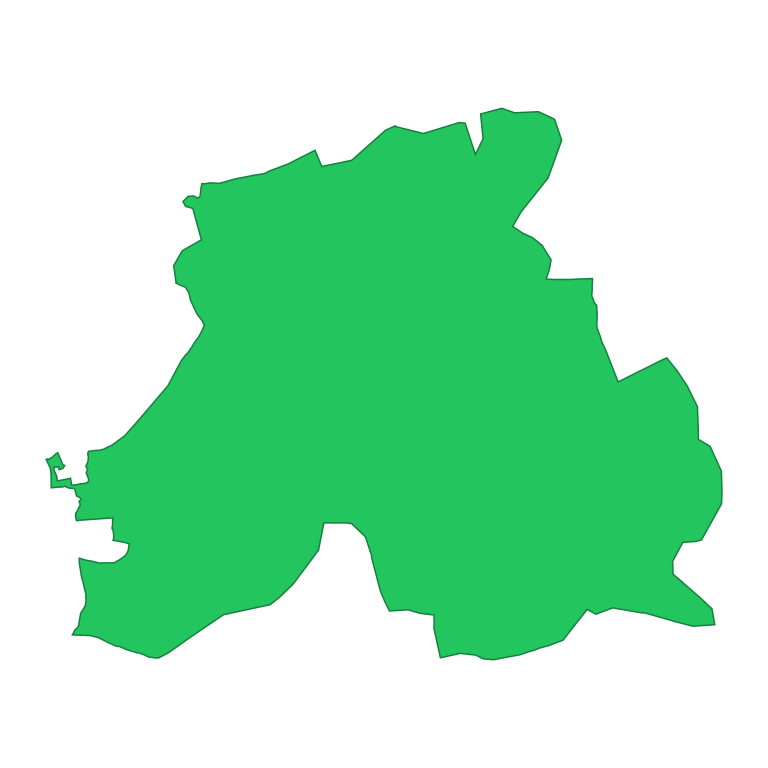 the district of Gezawa, Kano, Nigeria
{"feature_id": "59680162B10012275275709", "entity_name": "Gezawa", "entity_type": "district", "adm_level": 2, "iso_a3": "NGA", "parent_name": "Nigeria", "parent_adm1": "Kano", "projection": "mercator", "projection_center": [8.662, 12.062], "detail": "fine", "context": "isolated", "style": "filled", "palette": "green", "viewbox_px": 768, "rotation_deg": 0, "n_neighbors": 0, "source": "geoboundaries", "source_scale": "gbopen_adm2", "svg_char_len": 4176}
<svg xmlns="http://www.w3.org/2000/svg" viewBox="0 0 768 768"><path d="M72.4,634.9L74.8,635.0L81.8,635.2L84.5,635.2L90.9,635.7L94.6,636.7L97.9,637.4L101.6,639.3L105.1,640.9L108.1,642.6L112.5,644.5L116.4,646.2L117.5,646.4L119.1,646.4L122.3,647.7L125.5,649.2L131.4,651.1L134.4,651.9L137.3,653.0L139.5,653.0L141.1,653.8L145.1,655.2L147.0,656.3L148.6,656.9L149.9,657.4L152.1,657.4L154.3,657.9L155.1,657.9L157.4,658.0L158.8,657.7L159.3,657.7L160.1,657.1L161.2,656.6L168.4,652.8L190.7,637.0L223.5,614.7L270.1,604.7L279.6,597.2L293.2,584.0L318.5,550.2L323.9,522.9L346.0,522.9L351.6,523.6L365.4,536.8L371.9,556.5L371.5,557.1L380.3,590.8L384.7,601.3L389.5,611.0L408.0,609.8L419.9,613.3L434.1,615.0L434.0,628.6L440.4,657.8L460.4,653.4L475.8,655.1L483.1,658.8L493.5,659.7L520.2,654.7L529.2,651.6L534.8,650.0L540.3,647.8L548.1,645.8L563.1,640.2L572.2,628.4L587.2,609.5L595.9,614.2L611.6,608.3L612.8,607.9L642.0,612.9L645.5,613.1L675.1,621.6L692.8,626.2L714.8,624.7L713.9,619.6L712.0,608.8L705.4,602.9L705.6,602.8L701.1,598.5L673.1,574.2L672.6,561.4L682.9,542.3L695.4,541.5L701.5,539.9L721.5,503.9L721.9,494.7L721.9,487.9L721.4,471.2L710.1,446.3L698.4,439.4L698.3,430.4L697.4,406.6L687.0,385.6L677.3,371.0L666.8,357.9L660.8,360.6L618.1,381.9L605.7,350.1L601.5,341.1L600.3,336.4L597.6,329.6L596.8,326.0L597.2,314.0L596.6,305.3L594.6,303.2L591.7,295.6L592.2,290.5L592.2,285.3L592.6,279.4L592.4,278.5L590.4,278.6L579.5,279.0L569.0,279.5L554.7,279.5L546.1,279.1L549.2,270.1L551.1,259.9L542.2,245.5L532.6,237.7L524.7,234.1L524.5,233.9L523.6,233.7L512.7,226.5L521.2,211.7L548.1,178.0L561.7,140.2L554.5,119.2L538.5,111.7L514.5,112.8L501.9,108.3L480.6,114.0L483.1,138.7L475.4,154.5L465.1,123.1L464.3,123.0L459.1,122.6L423.4,133.5L396.3,126.8L395.3,125.8L385.6,130.2L351.7,160.3L321.8,166.5L315.0,150.3L288.2,163.9L276.9,168.2L269.8,170.8L264.3,173.7L254.1,175.2L235.7,178.8L219.3,183.4L210.4,182.8L204.8,183.8L204.4,183.8L201.9,183.6L201.0,188.0L200.1,196.3L197.8,198.2L193.8,195.9L188.1,196.4L183.0,201.5L185.6,206.4L192.8,208.4L201.4,239.8L182.3,250.7L173.7,265.6L176.1,282.6L175.8,282.9L180.6,285.3L184.8,287.0L185.4,287.2L186.1,288.4L188.9,292.8L190.5,300.1L191.5,302.3L195.9,311.7L196.5,313.1L199.1,316.8L202.4,321.1L204.3,325.3L201.1,332.5L198.1,337.8L194.3,342.8L192.1,346.6L187.9,352.7L185.2,355.5L181.1,361.0L167.9,385.8L139.2,419.4L124.9,435.6L111.7,445.4L107.1,447.4L103.9,449.1L99.0,450.3L95.6,450.4L92.4,450.9L88.9,451.2L87.9,452.5L87.8,454.3L88.3,456.5L88.2,459.9L87.6,462.4L86.0,465.8L86.1,467.0L86.8,467.9L87.7,468.5L87.1,470.4L86.6,471.6L86.2,472.6L86.6,474.1L87.3,475.4L87.8,477.0L88.4,478.4L88.6,479.7L88.6,480.7L88.1,481.8L87.2,482.5L85.9,483.1L83.8,483.5L80.7,483.7L78.2,484.4L75.0,484.9L71.7,485.2L70.5,478.3L59.3,480.6L57.2,480.7L56.7,476.2L54.4,471.0L54.0,469.2L53.6,467.3L54.5,467.2L57.2,467.1L58.9,466.9L58.9,467.6L58.9,468.5L58.9,469.0L58.9,469.6L60.1,469.4L61.3,468.9L62.5,468.7L63.2,468.0L63.7,467.2L64.2,466.4L64.7,465.4L64.0,465.3L63.4,465.0L62.7,464.4L57.8,452.8L56.2,453.5L54.7,455.1L53.3,456.2L52.2,457.4L50.5,458.1L49.8,458.9L49.2,459.0L49.1,459.5L48.7,459.5L47.9,459.2L47.5,458.9L46.1,459.4L49.9,467.3L50.1,467.2L50.9,472.1L51.1,475.9L51.2,487.8L54.8,487.5L57.8,487.1L60.4,487.1L61.2,487.1L62.4,486.9L63.0,486.9L64.8,486.3L68.6,488.0L69.5,488.0L70.3,488.2L71.6,488.4L72.8,488.3L73.8,488.5L74.9,489.3L75.2,490.9L76.6,496.0L77.9,496.5L78.8,497.0L79.3,497.6L80.2,498.0L80.8,498.8L81.1,499.6L80.1,500.4L79.3,500.9L79.2,501.9L79.8,502.9L79.8,503.9L80.1,505.5L79.6,506.6L79.5,506.8L78.7,507.3L78.6,507.8L78.5,508.3L78.3,508.7L78.0,509.2L77.7,509.8L77.5,510.1L77.4,510.6L77.1,511.5L75.8,513.0L75.6,515.0L75.6,516.6L76.5,520.7L79.1,520.3L112.7,517.9L112.7,519.0L112.6,521.5L112.6,524.8L112.1,527.3L112.2,528.8L112.4,529.5L113.1,530.1L113.4,532.8L113.7,535.6L113.7,538.5L113.0,540.3L124.5,542.4L128.2,543.5L129.2,543.8L128.5,548.4L128.1,550.7L125.8,555.1L121.2,558.7L114.2,562.8L99.1,563.0L92.4,561.3L85.6,560.1L79.3,558.2L79.2,562.4L81.4,576.1L83.2,583.1L85.3,591.8L85.8,593.9L85.9,597.4L86.0,600.8L86.0,601.0L85.3,605.8L84.0,607.8L82.8,609.9L80.7,613.2L79.6,619.3L79.2,622.1L78.3,626.6L74.9,630.0L72.4,634.9Z" fill="#22c55e" stroke="#15803d" stroke-width="1.5"/></svg>